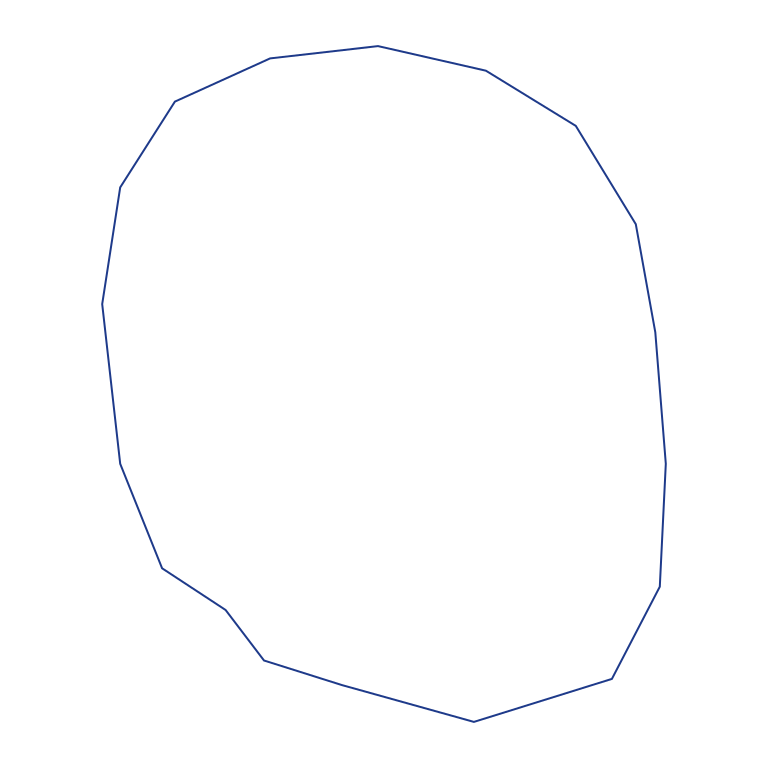 outline of Bamako
{"feature_id": "MLI-2792", "entity_name": "Bamako", "entity_type": "District", "adm_level": 1, "iso_a3": "MLI", "parent_name": "Mali", "parent_adm1": "", "projection": "orthographic", "projection_center": [-8.0, 12.623], "detail": "fine", "context": "isolated", "style": "outline", "palette": "blue", "viewbox_px": 768, "rotation_deg": 0, "n_neighbors": 0, "source": "natural_earth", "source_scale": "10m", "svg_char_len": 351}
<svg xmlns="http://www.w3.org/2000/svg" viewBox="0 0 768 768"><path d="M378.0,46.1L485.9,70.7L575.8,125.9L635.8,224.2L655.3,332.3L665.8,463.8L659.8,586.7L611.9,678.9L473.9,721.9L342.0,685.1L264.0,660.5L225.6,610.0L162.1,568.3L120.2,463.8L102.2,304.1L120.2,187.4L174.9,101.6L270.1,58.4L378.0,46.1Z" fill="none" stroke="#1e3a8a" stroke-width="2"/></svg>